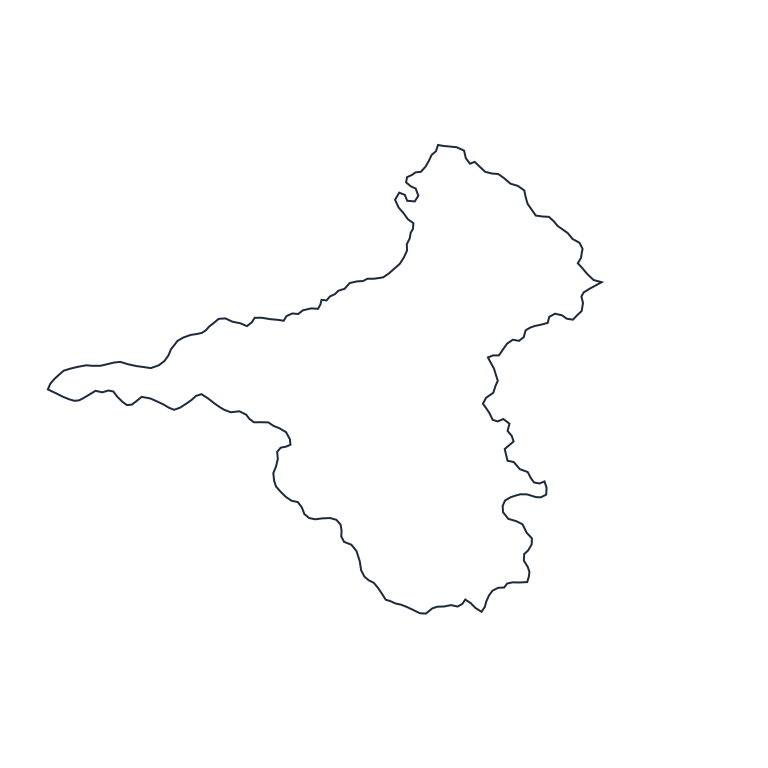 Catuji, Minas Gerais, Brazil, rotated 314°
{"feature_id": "56859067B64745138456461", "entity_name": "Catuji", "entity_type": "district", "adm_level": 2, "iso_a3": "BRA", "parent_name": "Brazil", "parent_adm1": "Minas Gerais", "projection": "natural_earth1", "projection_center": [-41.505, -17.366], "detail": "fine", "context": "isolated", "style": "outline", "palette": "slate", "viewbox_px": 768, "rotation_deg": 314, "n_neighbors": 0, "source": "geoboundaries", "source_scale": "gbopen_adm2", "svg_char_len": 3838}
<svg xmlns="http://www.w3.org/2000/svg" viewBox="0 0 768 768"><g transform="rotate(314 384 384)"><path d="M146.6,146.0L149.6,154.8L151.7,161.7L154.2,167.9L156.8,172.9L160.4,176.0L164.8,177.5L170.6,179.1L178.7,181.2L182.3,187.1L187.9,190.3L190.6,194.5L189.6,200.8L189.5,208.4L190.3,213.7L193.9,216.9L198.9,217.7L206.4,218.6L211.3,226.0L213.8,232.8L216.1,239.6L217.5,245.7L219.6,250.9L225.2,253.7L232.9,255.5L238.5,256.6L245.0,257.1L249.9,259.8L251.4,267.4L252.2,275.3L253.3,282.1L254.5,287.2L257.3,293.5L263.9,298.9L266.2,306.2L265.4,311.4L266.1,317.0L270.7,321.7L276.0,327.4L277.2,333.9L279.4,339.1L281.3,347.0L278.9,354.7L275.3,358.9L270.8,357.0L266.4,353.9L261.0,354.3L256.3,359.7L249.5,363.7L243.0,366.3L238.2,372.0L235.3,377.4L234.7,383.9L234.6,391.8L235.8,398.6L239.2,404.0L238.1,410.8L235.1,417.1L235.6,423.3L238.9,428.5L244.4,432.9L250.1,438.3L253.2,444.0L252.7,450.4L249.1,455.3L244.7,459.1L242.7,464.9L245.7,472.1L244.7,480.3L239.7,489.6L234.1,497.0L231.8,503.8L232.2,509.4L233.9,514.8L233.2,521.1L231.5,529.1L230.0,535.1L232.3,539.6L234.1,544.7L237.0,549.4L239.4,555.1L241.6,561.6L244.0,569.0L247.9,573.6L256.1,574.6L261.0,577.2L265.7,581.8L271.5,585.8L275.1,591.6L280.2,593.1L285.4,592.2L286.6,598.5L286.4,605.3L287.9,612.4L293.9,611.3L298.7,608.6L304.9,606.4L310.7,605.6L316.7,607.7L321.1,611.8L326.0,611.2L330.6,614.2L334.9,618.9L341.0,624.6L346.1,622.0L349.9,619.1L352.3,614.4L354.1,607.3L359.0,603.0L364.4,603.3L371.3,601.6L375.7,597.6L376.1,590.0L379.3,581.1L377.1,574.2L373.3,567.0L374.5,558.6L378.8,554.0L384.3,552.0L390.4,553.7L395.4,556.3L399.5,558.8L404.0,563.6L408.2,571.9L411.5,575.6L417.1,577.5L422.3,573.0L425.4,567.1L420.5,565.0L417.4,560.3L418.3,555.1L420.5,548.5L417.1,540.9L418.0,531.5L414.6,526.2L417.3,521.9L421.1,516.0L426.9,516.6L432.7,517.1L435.4,512.0L436.1,505.5L442.6,501.8L441.7,494.2L436.0,491.7L433.7,487.1L436.3,480.1L437.5,474.6L438.5,468.9L445.0,467.0L453.7,468.7L460.1,465.5L465.4,463.6L468.1,458.5L471.5,452.4L473.6,445.5L475.3,440.3L480.3,442.6L484.4,446.8L492.1,445.5L498.4,444.5L505.3,445.9L508.8,451.1L514.7,452.0L521.0,448.6L525.9,449.9L530.2,452.0L536.0,455.9L541.7,459.3L547.1,456.2L553.4,458.2L557.1,464.4L557.9,470.0L561.5,475.2L567.8,475.2L573.8,475.5L580.5,470.9L584.1,465.2L588.7,464.0L595.6,465.8L601.9,467.8L608.4,469.8L604.4,462.5L604.3,453.9L605.2,445.1L605.5,439.5L611.6,438.1L615.4,435.4L619.2,432.9L621.4,426.5L619.3,419.0L620.2,411.3L619.3,405.4L618.3,399.0L619.0,393.0L618.8,386.5L614.7,381.8L610.6,376.2L612.1,368.6L613.3,362.3L616.6,356.4L620.7,350.5L619.5,342.7L615.9,335.7L615.5,327.4L614.4,320.3L610.3,315.3L606.9,309.4L606.8,301.3L606.8,294.9L602.2,292.9L603.2,286.1L607.5,279.5L604.8,271.8L600.8,266.7L596.3,261.1L593.5,256.8L587.5,259.7L582.0,259.1L575.5,261.3L569.4,262.9L562.2,263.1L558.2,259.7L553.6,258.8L548.8,256.9L544.4,259.8L544.8,266.0L546.6,271.0L543.3,277.9L536.7,279.3L531.9,273.4L534.5,267.6L532.2,262.0L524.2,264.0L521.1,271.9L520.4,279.8L519.1,286.8L520.1,293.5L515.6,297.1L511.2,298.2L506.7,301.3L500.4,303.3L496.0,307.9L488.8,310.4L481.3,311.9L473.4,311.2L466.9,310.7L460.1,309.3L452.9,303.8L448.1,298.9L443.5,297.4L439.2,293.4L432.8,289.2L425.1,289.5L419.4,286.4L414.7,286.3L409.4,284.3L404.2,284.6L401.1,280.6L397.1,283.0L392.3,284.3L387.7,279.0L380.7,274.5L374.7,273.6L371.0,269.0L365.1,266.7L359.8,267.9L356.6,263.3L351.6,257.1L346.7,250.0L341.8,245.0L336.6,246.1L330.4,245.2L328.0,238.7L323.5,231.6L321.0,224.3L316.0,219.8L309.2,219.1L303.7,218.3L299.1,218.6L294.3,217.5L289.9,214.6L285.1,210.9L277.9,207.3L271.4,205.5L266.6,206.1L261.1,206.6L255.1,209.0L248.2,210.1L241.0,209.0L233.4,205.2L229.0,199.0L225.0,193.6L220.6,186.5L216.7,178.9L211.5,174.6L205.7,171.0L199.9,167.2L194.6,161.7L190.6,156.8L183.5,151.7L177.0,147.6L171.0,144.3L163.6,143.7L158.3,143.4L152.3,143.8L146.6,146.0Z" fill="none" stroke="#1e293b" stroke-width="2"/></g></svg>